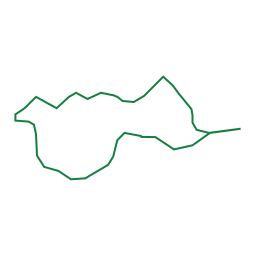 Guro-gu, Seoul, South Korea (orthographic projection)
{"feature_id": "91817680B1968034056748", "entity_name": "Guro-gu", "entity_type": "district", "adm_level": 2, "iso_a3": "KOR", "parent_name": "South Korea", "parent_adm1": "Seoul", "projection": "orthographic", "projection_center": [126.865, 37.485], "detail": "fine", "context": "isolated", "style": "outline", "palette": "green", "viewbox_px": 256, "rotation_deg": 0, "n_neighbors": 0, "source": "geoboundaries", "source_scale": "gbopen_adm2", "svg_char_len": 627}
<svg xmlns="http://www.w3.org/2000/svg" viewBox="0 0 256 256"><path d="M141.3,136.9L155.4,137.1L174.0,149.4L192.5,145.3L210.0,132.9L240.6,128.8L239.9,128.8L209.0,132.9L196.6,129.8L192.5,122.6L192.5,115.4L191.5,109.2L178.1,92.8L172.9,85.6L163.2,76.7L144.1,95.9L133.8,102.0L122.5,101.0L117.6,97.0L113.5,95.3L100.9,92.8L87.5,99.0L76.1,92.8L68.9,96.9L56.6,108.2L36.0,96.9L24.6,108.2L15.4,114.4L15.4,120.6L28.7,121.6L33.9,124.7L36.0,134.0L37.0,155.6L44.2,166.9L58.6,171.0L71.0,179.3L85.4,178.3L90.5,175.2L108.1,164.9L113.2,156.6L117.3,140.2L124.5,132.9L141.0,136.0L141.3,136.9Z" fill="none" stroke="#15803d" stroke-width="2"/></svg>